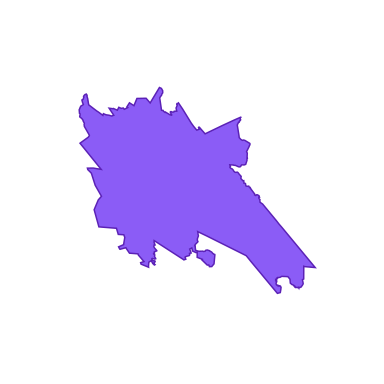 Lejasciema pag., Gulbene, Latvia (Robinson projection), rotated 218°
{"feature_id": "27541924B69346884723043", "entity_name": "Lejasciema pag.", "entity_type": "district", "adm_level": 2, "iso_a3": "LVA", "parent_name": "Latvia", "parent_adm1": "Gulbene", "projection": "robinson", "projection_center": [26.479, 57.294], "detail": "fine", "context": "isolated", "style": "filled", "palette": "violet", "viewbox_px": 384, "rotation_deg": 218, "n_neighbors": 0, "source": "geoboundaries", "source_scale": "gbopen_adm2", "svg_char_len": 5790}
<svg xmlns="http://www.w3.org/2000/svg" viewBox="0 0 384 384"><g transform="rotate(218 192 192)"><path d="M176.5,265.9L182.2,265.2L183.5,264.6L183.8,263.9L185.0,263.6L186.1,263.5L187.3,263.8L187.9,263.8L188.5,264.1L189.3,265.0L197.6,272.7L198.2,275.5L198.2,275.8L197.8,276.1L198.2,277.7L198.0,278.4L198.3,279.0L198.8,279.1L199.1,279.3L199.6,280.3L199.3,281.5L200.0,280.4L203.2,274.4L209.0,263.1L217.5,245.9L224.8,247.3L226.1,247.6L226.6,247.2L226.6,246.9L226.0,246.5L224.8,246.2L226.3,243.7L226.9,243.8L231.1,244.7L235.2,245.9L250.5,251.6L257.6,253.9L257.8,252.9L258.3,252.4L257.9,251.6L257.2,251.5L256.5,249.4L256.3,248.4L253.8,246.3L255.7,244.7L255.5,244.4L255.6,244.0L256.2,243.2L256.8,242.8L258.0,242.5L258.3,242.2L258.4,241.8L258.3,241.6L256.4,240.6L255.5,240.3L255.4,240.0L256.2,239.6L256.9,239.3L262.3,238.6L262.3,238.1L264.3,238.1L265.0,238.5L266.3,237.6L275.4,246.3L275.6,248.3L275.5,249.3L276.1,250.9L276.1,252.1L277.5,253.8L279.9,254.8L282.0,254.3L279.8,236.4L285.9,237.6L293.0,231.8L290.9,224.3L296.2,223.8L295.7,218.9L294.6,218.9L296.3,215.5L297.8,215.9L298.5,215.2L299.3,214.3L301.8,213.7L301.2,210.5L305.4,209.4L305.5,209.0L308.9,207.0L300.9,204.3L302.1,202.4L304.7,201.4L307.3,199.9L310.0,199.2L309.4,197.5L314.8,197.4L317.1,197.2L327.0,197.1L328.3,198.2L330.2,200.0L330.7,200.4L330.8,200.4L331.2,201.0L333.7,202.8L333.8,203.2L334.8,203.9L335.7,204.1L335.8,203.9L335.7,203.5L336.3,202.9L336.4,201.9L336.5,201.6L336.3,201.1L336.3,200.6L336.1,200.3L335.6,200.1L334.9,197.9L335.4,196.7L333.3,195.1L331.5,194.1L331.5,193.8L332.5,191.1L332.0,189.0L331.7,188.4L331.7,187.9L331.5,187.3L329.1,184.7L328.5,184.7L328.2,184.6L327.2,183.1L327.1,182.9L327.2,182.7L326.8,182.2L326.2,182.0L325.2,182.1L322.9,181.8L322.0,181.3L321.5,181.1L321.3,180.8L319.3,180.0L318.9,179.5L318.7,178.9L317.2,177.4L307.7,173.5L307.8,173.5L307.6,173.3L307.5,171.3L310.3,161.5L277.5,153.9L284.5,150.1L289.1,146.4L287.9,145.5L283.9,145.0L282.8,144.8L272.4,137.7L260.7,132.9L261.0,128.1L258.2,117.8L243.9,107.2L229.2,116.9L224.0,113.2L219.4,116.3L217.0,114.8L213.5,108.4L216.1,103.6L213.8,102.5L213.4,102.6L209.8,107.4L209.2,107.1L203.6,105.3L196.5,110.0L195.5,109.3L187.0,107.6L189.0,104.7L187.7,103.8L179.9,106.0L180.5,106.6L182.8,110.1L181.9,112.6L180.7,112.3L179.0,111.5L176.7,111.3L176.4,112.0L177.2,112.1L178.3,112.8L178.3,113.3L178.1,114.2L178.2,114.5L178.6,114.8L179.1,114.7L180.1,114.1L180.7,113.9L181.6,114.0L182.4,114.4L182.6,114.8L182.4,115.2L181.9,115.5L180.2,116.1L179.8,116.6L179.5,117.1L179.9,117.4L181.0,117.7L182.0,118.3L182.3,118.8L182.5,119.5L182.9,119.6L183.9,119.5L184.3,119.7L184.3,120.1L184.0,120.5L183.9,120.7L184.1,121.0L184.7,121.3L184.9,121.7L184.0,123.2L183.5,123.8L183.5,124.0L183.8,124.2L187.1,124.8L188.5,125.5L188.8,125.9L188.9,126.9L189.2,127.2L188.6,127.6L190.8,128.9L191.9,130.4L157.2,133.5L156.6,133.5L155.5,135.2L157.3,136.3L157.4,136.7L156.4,138.4L155.7,139.3L155.1,140.1L155.1,140.8L155.1,141.1L156.2,142.1L155.1,143.4L158.7,145.6L157.7,147.8L155.2,145.8L151.5,146.7L151.1,147.3L150.7,147.6L147.7,143.7L142.4,145.3L142.4,144.6L135.0,143.8L133.8,144.8L132.3,143.9L130.5,145.4L130.5,146.3L130.4,148.9L135.3,156.6L135.6,156.8L135.8,156.7L136.0,156.7L136.4,156.4L137.6,156.5L137.9,156.4L139.6,156.8L141.6,156.4L141.9,156.6L144.3,155.7L145.3,154.5L145.2,153.5L146.2,152.3L147.1,152.0L150.0,149.6L151.7,148.8L153.3,148.3L155.2,150.2L156.3,151.5L156.8,151.3L157.0,152.0L157.1,152.8L156.7,156.1L156.7,156.5L158.0,157.2L158.4,157.6L159.1,158.8L159.9,161.3L160.3,161.8L161.0,162.2L162.3,163.6L163.1,164.3L153.0,166.5L110.1,175.2L109.6,175.1L102.7,173.5L62.3,164.7L60.5,167.1L62.0,169.9L63.2,171.8L64.3,172.1L64.8,171.9L64.8,172.0L65.0,171.9L65.1,172.0L65.3,171.7L65.5,171.7L65.9,171.5L66.0,171.7L66.3,171.6L66.4,171.4L66.5,171.5L66.9,171.3L66.8,171.2L67.0,171.0L66.9,170.9L67.0,170.9L67.5,171.1L67.6,170.9L67.8,170.9L67.9,171.0L68.1,171.0L68.1,170.9L68.4,170.9L68.8,171.2L69.3,171.5L69.7,172.1L69.8,172.9L70.4,173.4L70.5,173.4L71.0,173.5L70.8,173.8L71.2,173.8L71.7,174.2L71.3,174.3L71.5,174.4L71.3,174.6L71.5,174.7L71.5,174.8L71.9,174.8L72.0,175.0L72.1,175.3L71.6,175.4L71.5,175.5L71.6,175.9L71.0,176.0L71.4,176.1L71.6,176.2L71.9,176.3L72.1,176.5L72.1,176.8L72.1,177.0L71.8,177.2L71.7,177.5L71.3,177.5L71.2,177.7L71.2,177.8L70.1,179.0L69.3,180.8L64.4,184.3L61.1,183.6L58.4,180.7L56.2,180.6L55.6,180.9L54.9,181.0L54.3,180.8L54.1,181.1L53.5,181.1L53.2,181.1L53.3,180.9L53.1,180.6L52.1,180.4L51.7,180.4L51.3,180.7L51.3,181.0L50.6,181.3L50.3,181.6L50.1,181.6L49.8,181.7L49.6,181.9L49.6,182.0L49.3,181.9L48.9,182.1L48.9,182.3L48.7,182.2L48.8,182.4L48.6,182.4L48.6,182.6L48.4,182.8L48.6,183.0L48.1,183.5L47.6,184.2L47.5,184.3L47.7,187.5L48.1,188.4L51.0,190.9L50.4,192.2L58.2,202.3L57.1,202.7L48.4,208.3L99.1,219.4L103.7,220.3L107.6,221.3L129.0,226.0L132.0,225.8L133.9,227.7L133.9,227.9L134.8,228.0L135.4,228.2L135.8,228.6L135.6,229.4L136.2,229.4L136.2,229.8L136.5,230.1L137.0,230.3L138.6,230.1L139.3,229.7L139.6,228.5L140.9,228.3L141.1,228.9L148.7,231.0L148.4,231.1L149.1,231.4L150.2,231.2L150.9,231.4L151.0,231.5L152.1,230.4L153.3,230.0L154.9,231.4L155.1,231.6L156.3,231.2L156.5,231.0L158.2,232.8L158.7,232.2L161.8,232.7L162.9,234.6L163.3,234.5L163.9,234.8L165.4,235.0L167.6,235.6L168.2,235.6L168.6,235.5L169.6,234.4L170.0,234.2L170.6,234.0L171.7,234.1L172.1,234.2L172.7,234.6L174.3,234.9L175.0,234.9L176.3,234.5L177.5,234.9L177.6,235.3L177.4,235.7L177.5,235.9L177.9,236.1L178.5,236.3L179.0,236.7L175.9,238.8L175.5,238.8L174.2,239.7L170.9,240.5L169.8,241.2L169.7,241.3L169.5,241.8L169.4,242.5L169.6,242.9L169.6,243.9L169.3,244.2L167.5,245.5L167.4,245.8L166.7,246.8L168.1,250.7L169.1,252.0L169.0,252.5L169.5,253.0L169.7,252.9L172.4,256.7L173.8,257.3L175.0,263.1L175.2,263.4L175.4,264.7L175.7,265.3L176.0,265.7L176.5,265.9Z" fill="#8b5cf6" stroke="#5b21b6" stroke-width="1.5"/></g></svg>